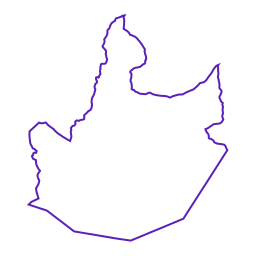 the district of Chokhorling, Pemagatsel, Bhutan
{"feature_id": "84629894B57619855084660", "entity_name": "Chokhorling", "entity_type": "district", "adm_level": 2, "iso_a3": "BTN", "parent_name": "Bhutan", "parent_adm1": "Pemagatsel", "projection": "orthographic", "projection_center": [91.337, 26.854], "detail": "fine", "context": "isolated", "style": "outline", "palette": "violet", "viewbox_px": 256, "rotation_deg": 0, "n_neighbors": 0, "source": "geoboundaries", "source_scale": "gbopen_adm2", "svg_char_len": 5137}
<svg xmlns="http://www.w3.org/2000/svg" viewBox="0 0 256 256"><path d="M218.4,64.9L216.4,65.8L215.9,66.4L215.1,67.3L214.3,68.2L213.7,69.2L212.8,70.6L212.4,71.4L211.7,72.7L210.8,73.9L209.3,75.8L208.1,77.5L206.1,80.4L203.9,82.2L199.9,83.1L198.1,85.3L195.3,87.8L193.6,89.3L190.4,90.6L189.1,91.1L186.2,92.4L182.7,94.4L178.3,94.6L176.7,95.1L173.1,96.1L170.0,97.6L167.4,96.5L165.0,96.0L164.3,96.0L162.8,95.9L162.0,95.9L160.1,95.7L155.7,95.0L152.8,94.2L149.9,92.6L148.6,92.9L145.5,94.2L142.3,93.9L139.9,93.7L137.5,92.4L135.3,91.6L133.8,89.8L132.9,89.8L131.7,89.3L131.7,87.8L131.8,87.1L131.9,86.1L131.7,85.2L131.4,82.9L130.6,81.6L130.6,81.1L130.6,79.6L130.7,79.1L131.0,78.5L131.4,76.9L131.4,75.2L131.5,74.1L131.4,73.7L131.1,73.2L130.4,72.5L130.2,72.0L130.4,71.4L130.7,71.0L131.1,70.5L132.0,70.0L133.4,68.6L135.3,67.8L137.3,67.5L140.1,66.8L141.0,66.2L141.8,65.4L142.8,64.6L143.7,64.0L144.9,63.6L145.2,62.9L145.1,62.3L145.3,61.5L145.2,60.5L146.1,59.5L146.1,57.5L145.9,56.0L145.3,54.6L144.8,52.1L144.6,51.5L144.6,50.8L144.8,50.1L144.8,49.0L143.6,47.4L143.1,46.6L142.4,45.4L142.1,44.9L141.0,43.3L139.6,41.5L139.3,41.0L138.1,39.8L137.3,38.7L136.2,37.6L134.8,36.6L134.1,36.3L132.0,35.4L131.1,35.0L130.3,34.9L129.6,33.9L128.6,32.3L127.1,31.0L126.0,30.3L125.6,30.0L124.7,29.5L123.8,29.0L123.7,27.8L124.1,24.9L124.1,24.0L124.1,23.4L124.1,22.6L124.2,21.0L124.1,19.0L123.5,17.6L123.6,16.9L124.6,15.4L123.2,15.5L122.6,15.8L121.9,16.1L121.0,16.8L120.4,16.9L119.8,17.1L118.6,17.6L117.5,18.0L116.4,18.1L116.0,18.4L115.5,19.1L115.3,19.6L115.2,20.2L115.1,20.7L114.7,21.1L113.3,21.8L112.5,22.4L111.5,23.4L110.9,24.2L110.0,26.4L109.7,27.3L109.4,28.2L109.1,28.7L108.4,29.2L107.9,29.6L107.5,30.3L107.4,30.8L107.4,31.7L107.5,32.5L107.3,33.4L107.1,34.7L106.9,35.1L106.6,35.8L105.7,37.3L104.6,38.8L104.2,39.4L104.5,40.7L104.5,41.5L104.5,42.1L104.3,42.7L104.0,43.4L103.8,43.9L103.4,44.7L102.7,46.0L102.6,46.8L103.1,47.5L104.3,48.6L105.0,49.7L105.5,50.0L105.8,50.5L106.0,51.2L106.0,52.4L105.9,53.0L105.7,53.7L105.9,54.4L106.0,55.1L106.2,55.8L106.4,57.3L106.6,57.9L107.0,58.8L107.1,59.5L107.1,60.1L106.8,60.5L106.4,61.7L106.3,62.3L106.1,62.7L105.7,63.2L105.3,63.5L104.9,63.7L104.3,63.8L102.6,63.8L102.0,63.8L101.4,63.9L100.9,64.5L100.8,65.1L100.5,66.6L100.2,67.5L100.6,68.8L100.4,69.5L100.1,70.2L100.0,70.7L100.0,72.0L100.1,72.5L100.3,73.0L100.4,73.6L100.4,74.2L100.0,74.8L99.6,75.2L99.2,75.7L99.0,76.4L99.0,77.0L98.4,77.6L97.4,77.2L96.9,77.2L96.3,77.3L96.0,77.8L96.0,78.9L96.2,79.7L96.7,80.7L97.0,81.5L97.0,82.1L96.7,82.8L95.3,84.0L95.1,85.1L94.7,85.8L94.6,86.6L94.6,87.5L95.3,89.1L95.3,89.8L95.1,90.3L94.8,91.4L94.4,93.2L93.9,94.4L93.7,95.0L93.1,96.2L92.7,96.7L92.3,97.7L91.9,98.7L91.6,101.2L91.6,102.9L92.0,103.8L91.9,106.2L91.5,108.0L90.8,109.5L90.1,110.2L89.7,110.4L89.2,110.7L88.5,111.0L87.5,112.1L86.6,113.0L85.9,113.8L84.4,115.0L84.1,115.6L84.1,116.2L84.2,116.8L84.3,117.4L84.3,118.1L84.2,118.9L83.4,119.5L81.1,119.9L80.7,120.0L79.9,120.3L79.1,120.8L78.1,120.7L76.8,120.4L76.1,120.8L75.4,121.5L75.2,121.9L75.4,123.1L75.5,123.9L75.0,124.8L74.3,125.5L73.8,125.8L73.3,125.8L72.5,126.1L71.5,127.2L71.0,127.8L70.9,128.3L71.3,129.7L71.3,130.2L70.8,131.2L70.8,132.3L71.4,136.2L71.2,137.7L70.8,138.8L70.5,139.8L70.4,140.2L70.1,141.0L69.1,140.4L68.5,140.1L67.0,139.3L65.4,138.3L64.6,137.8L62.9,136.8L61.7,135.9L61.0,135.4L60.5,135.2L58.5,133.8L57.2,132.8L54.4,130.2L53.7,129.2L51.6,127.7L48.4,125.4L47.0,123.8L46.4,123.1L45.7,122.5L44.7,122.7L43.1,123.2L41.9,123.2L40.7,123.2L39.8,123.0L39.0,122.6L29.6,131.3L29.4,135.4L30.0,141.2L30.3,143.3L30.9,144.7L32.9,148.4L34.6,149.1L36.7,151.1L36.1,152.8L35.2,152.8L34.5,152.6L33.4,153.3L33.1,154.5L33.0,155.1L32.2,155.5L32.0,156.5L33.1,158.7L35.9,160.1L36.1,162.6L36.4,164.9L38.7,169.3L40.0,170.8L39.3,172.0L38.4,173.1L37.5,174.9L37.7,176.8L38.2,178.3L38.8,179.6L39.3,180.4L38.9,182.6L38.3,184.4L36.0,188.4L36.5,191.7L38.5,198.5L31.4,201.9L28.7,204.6L46.9,210.6L54.0,216.0L74.1,231.4L116.3,238.5L130.7,240.6L183.4,218.7L203.7,187.0L206.3,183.0L225.5,153.0L227.3,150.3L226.6,148.9L225.9,147.3L225.7,146.5L225.1,145.6L224.3,144.8L222.8,144.3L221.5,144.2L219.9,143.9L218.6,143.8L217.1,143.6L214.5,142.4L214.1,142.0L213.6,140.8L213.1,140.3L212.2,139.6L210.6,138.8L209.5,138.6L208.8,138.1L208.8,136.7L208.7,135.3L208.4,134.3L207.3,132.8L206.3,131.5L205.9,130.7L205.7,130.1L205.4,129.2L205.9,128.9L206.8,128.7L207.7,128.2L208.8,127.6L210.1,126.6L211.1,126.0L212.2,125.2L213.3,124.4L214.8,124.0L216.4,123.9L217.2,123.8L219.7,123.5L220.6,123.0L221.6,122.2L222.6,120.7L222.9,120.2L223.3,119.7L223.0,118.6L222.5,117.4L222.2,116.1L222.6,114.6L223.0,113.1L222.6,109.9L222.6,109.1L222.7,108.4L223.0,107.2L222.9,106.5L222.7,105.7L222.4,105.1L222.4,104.4L222.6,103.7L222.8,103.0L222.1,102.5L221.7,102.1L221.3,101.6L220.8,100.8L220.2,99.3L219.6,98.1L219.4,97.6L219.4,97.1L219.6,96.4L220.1,95.5L220.5,94.8L220.8,93.8L221.3,92.5L221.5,92.1L221.6,91.3L221.4,90.6L220.9,89.8L219.8,88.7L219.4,87.7L219.4,86.0L219.5,85.0L219.5,84.1L219.4,83.6L219.1,82.4L218.9,81.5L218.4,78.5L218.0,77.8L217.9,76.7L218.1,75.6L218.4,74.1L218.4,72.9L218.1,71.0L218.1,68.4L218.0,67.5L217.9,66.3L217.9,65.8L218.4,64.9Z" fill="none" stroke="#5b21b6" stroke-width="2"/></svg>